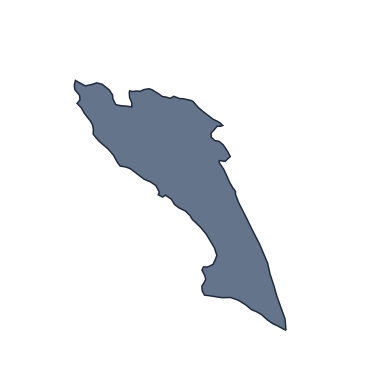 outline of Ragunda, Jämtland, Sweden, rotated 40°
{"feature_id": "70781695B27486788902069", "entity_name": "Ragunda", "entity_type": "district", "adm_level": 2, "iso_a3": "SWE", "parent_name": "Sweden", "parent_adm1": "Jämtland", "projection": "equal_earth", "projection_center": [16.011, 63.184], "detail": "fine", "context": "isolated", "style": "filled", "palette": "slate", "viewbox_px": 384, "rotation_deg": 40, "n_neighbors": 0, "source": "geoboundaries", "source_scale": "gbopen_adm2", "svg_char_len": 1706}
<svg xmlns="http://www.w3.org/2000/svg" viewBox="0 0 384 384"><g transform="rotate(40 192 192)"><path d="M79.2,154.6L80.2,156.4L83.5,159.8L88.6,162.4L91.1,165.5L86.4,168.5L82.2,171.5L77.5,174.1L71.6,171.5L68.7,168.7L63.2,167.0L53.9,167.2L48.9,169.6L45.9,174.3L42.0,179.3L35.7,180.6L31.0,181.5L33.1,185.8L36.5,188.9L43.7,190.2L47.0,193.5L47.0,198.0L52.9,198.6L58.7,200.8L69.2,203.1L73.1,204.8L76.0,207.3L79.3,211.3L88.0,212.8L100.5,213.0L108.2,214.3L115.9,217.3L120.2,218.3L125.5,215.3L129.8,213.8L147.2,213.0L153.4,211.0L160.2,210.3L166.9,213.0L167.9,215.8L172.7,214.8L173.7,211.5L180.9,210.8L186.7,212.8L192.4,212.5L199.2,210.8L205.4,211.3L209.8,212.8L220.8,213.5L229.5,215.0L236.3,217.3L244.9,220.3L251.7,224.5L253.2,228.5L254.6,234.0L252.2,239.3L248.9,242.1L249.8,245.4L255.6,247.9L258.5,249.9L259.5,253.4L260.0,257.7L263.4,261.2L267.9,263.0L270.5,261.2L277.6,256.9L283.0,253.6L289.4,248.0L296.8,245.2L305.7,243.9L313.1,243.9L319.0,242.1L323.6,241.3L332.3,241.5L338.7,240.9L343.6,239.5L350.3,238.2L353.0,237.5L352.9,237.5L344.8,229.4L324.2,217.4L314.1,210.6L304.4,204.6L295.8,198.0L277.5,188.6L261.5,181.9L250.9,177.1L235.1,170.4L227.0,166.0L225.0,163.7L220.1,162.4L215.0,160.6L206.8,156.6L201.9,154.3L193.6,151.9L192.8,150.3L197.7,147.3L198.0,144.5L198.5,140.2L192.8,137.9L185.5,135.8L180.1,135.8L176.6,137.9L171.7,137.7L168.8,134.8L169.0,129.1L169.0,125.5L171.7,123.2L172.8,121.3L168.5,121.0L161.2,122.7L148.7,123.3L142.6,123.2L138.9,122.7L135.2,122.0L133.0,122.2L129.1,124.2L124.6,126.6L122.7,128.3L116.5,130.4L115.1,134.3L111.6,135.7L107.7,138.0L103.8,138.2L95.9,139.3L92.7,140.5L89.3,144.5L87.5,148.2L84.1,150.7L82.1,153.1L79.2,154.6Z" fill="#64748b" stroke="#1e293b" stroke-width="1.5"/></g></svg>